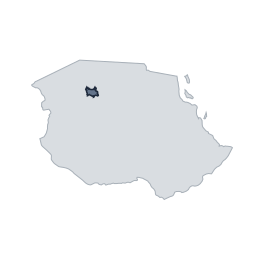 location of Maswa, Simiyu, United Republic of Tanzania, rotated 334°
{"feature_id": "72390352B27931879401730", "entity_name": "Maswa", "entity_type": "district", "adm_level": 2, "iso_a3": "TZA", "parent_name": "United Republic of Tanzania", "parent_adm1": "Simiyu", "projection": "albers", "projection_center": [33.824, -3.202], "detail": "fine", "context": "in_parent", "style": "filled", "palette": "slate", "viewbox_px": 256, "rotation_deg": 334, "n_neighbors": 0, "source": "geoboundaries", "source_scale": "gbopen_adm2", "svg_char_len": 5948}
<svg xmlns="http://www.w3.org/2000/svg" viewBox="0 0 256 256"><g transform="rotate(334 128 128)"><path d="M98.1,175.0L95.6,173.7L93.3,172.9L91.4,172.0L90.6,171.1L88.9,170.8L87.4,170.7L86.0,169.9L83.1,169.6L82.8,169.1L82.7,167.9L82.2,167.6L81.2,167.3L80.1,167.3L79.4,167.5L79.0,167.4L78.1,166.7L77.2,165.8L76.9,164.4L75.6,163.5L74.0,162.8L69.9,162.8L69.2,162.6L68.2,161.9L67.0,160.7L66.1,159.4L65.3,157.6L64.4,155.1L59.6,145.2L59.1,143.3L58.1,141.3L56.6,138.7L54.9,136.9L52.7,135.1L50.2,133.4L48.8,132.3L46.2,127.6L45.7,125.5L45.3,123.2L45.4,122.3L47.0,119.4L47.2,118.6L47.0,117.4L46.2,115.1L45.2,112.3L43.1,107.2L42.8,105.9L42.8,104.9L44.0,99.7L44.0,99.0L48.8,99.1L52.3,96.8L55.4,93.3L56.0,91.9L57.3,89.7L58.5,88.6L58.9,87.9L59.6,85.7L61.2,84.2L62.8,83.0L62.5,82.2L62.7,81.9L63.6,81.4L65.2,80.8L65.6,79.7L65.6,78.4L65.3,77.7L65.3,76.8L65.1,76.4L64.0,76.2L62.4,75.6L61.0,75.3L60.1,75.0L59.7,74.7L59.6,73.9L60.3,71.9L59.6,71.1L61.3,67.8L61.6,67.4L62.2,67.3L63.1,67.0L64.0,66.8L64.8,66.9L65.3,66.8L65.8,66.4L66.2,65.3L66.5,63.4L66.3,61.9L65.6,60.7L65.4,58.9L65.7,56.5L65.5,54.5L64.7,52.9L63.9,51.9L62.7,51.5L60.8,49.0L60.2,47.8L60.3,47.1L61.0,46.8L62.2,46.9L63.3,46.6L64.4,45.9L65.4,45.7L66.0,45.8L114.3,45.8L170.6,77.3L170.8,77.7L171.3,80.4L171.2,81.3L170.3,82.9L170.0,83.7L170.0,84.3L170.2,84.5L171.0,84.6L171.6,85.0L171.8,85.3L172.3,86.4L172.9,87.0L194.2,102.6L194.7,102.8L194.4,104.1L193.2,107.2L193.1,108.5L192.6,110.1L192.2,111.1L190.9,115.5L189.9,117.1L188.4,121.0L188.2,123.9L189.0,126.0L189.2,128.0L190.9,129.9L192.2,130.6L193.1,131.4L194.7,133.4L195.5,135.4L198.4,136.4L199.5,138.7L199.1,140.2L197.7,141.5L196.5,143.5L195.5,146.2L195.5,150.4L196.1,149.7L197.6,150.8L197.8,153.8L196.2,157.4L195.7,159.0L195.7,160.4L196.8,164.7L198.4,166.9L198.3,167.5L197.9,168.1L200.8,171.9L200.5,175.3L201.6,177.8L202.0,180.1L202.7,181.8L202.9,183.0L202.0,184.3L204.1,184.6L205.3,185.7L205.9,186.8L207.4,186.7L208.3,187.4L209.4,188.0L212.1,189.8L212.8,190.6L213.2,191.5L205.9,196.9L203.3,198.2L201.4,198.9L199.4,199.2L197.5,200.1L195.7,201.4L193.4,202.1L190.6,202.1L187.7,203.0L183.0,205.8L180.4,204.2L178.2,203.7L175.8,203.7L174.3,203.9L173.8,204.3L173.3,205.2L172.9,206.8L171.3,208.3L168.5,209.7L166.0,210.2L163.6,209.9L162.0,209.2L161.2,208.4L160.0,208.0L158.3,208.1L156.8,208.7L155.3,209.8L152.9,210.3L149.7,210.1L148.0,209.6L147.7,208.6L146.3,207.5L143.7,206.3L141.8,206.2L140.5,207.4L139.4,208.2L138.4,208.5L137.5,208.5L136.2,208.2L132.6,208.1L129.2,208.1L128.8,206.4L128.1,205.3L127.5,204.7L126.3,204.5L126.0,204.0L125.6,202.9L125.0,202.0L124.3,201.2L123.8,200.5L123.7,199.9L123.8,199.2L124.5,197.4L124.7,196.1L124.6,194.9L124.3,193.6L123.5,192.1L123.5,191.6L123.3,190.6L123.2,189.8L123.4,188.9L123.3,187.7L122.6,185.2L122.6,184.5L121.8,183.3L119.6,180.3L119.5,179.9L115.9,177.0L114.5,176.3L114.0,176.9L113.8,177.4L113.9,178.3L113.8,178.8L113.7,179.0L112.9,179.0L112.3,178.9L111.0,178.1L109.9,177.9L107.3,178.0L106.4,178.2L105.7,178.0L104.3,176.7L102.7,176.4L101.3,176.3L98.9,174.8L98.1,175.0ZM198.8,125.6L200.0,128.9L199.8,129.5L199.0,129.9L198.5,129.9L198.0,129.4L197.7,128.3L197.0,128.5L196.0,127.2L194.9,127.1L194.0,125.6L194.4,124.2L194.2,121.8L195.3,120.6L196.0,118.6L196.7,120.0L196.9,122.2L197.8,124.7L198.8,125.6ZM204.6,106.1L204.7,106.9L204.4,107.6L204.4,110.0L204.3,111.5L203.5,113.6L202.7,114.4L202.1,114.2L201.6,113.8L201.2,113.2L202.0,109.3L201.6,106.4L203.3,106.7L204.6,106.1ZM201.9,153.3L201.1,153.5L200.8,153.3L200.3,152.7L201.2,152.1L202.0,151.1L204.0,149.5L205.0,148.3L204.8,149.5L203.7,152.2L202.7,152.3L201.9,153.3Z" fill="#d9dde1" stroke="#a8b0b8" stroke-width="1"/><path d="M105.7,81.2L105.8,81.2L106.0,81.3L106.3,81.2L106.6,81.0L106.8,81.0L107.0,81.0L107.1,80.9L107.3,80.9L107.5,80.9L107.8,80.9L107.8,81.0L108.0,81.4L108.1,81.5L108.3,81.7L108.5,81.9L108.5,82.0L108.7,82.3L108.8,82.4L109.0,82.5L109.4,82.8L109.5,82.9L109.4,83.1L109.5,83.2L109.5,83.3L109.6,83.5L109.9,83.7L110.2,83.8L110.2,84.0L110.3,84.2L110.3,84.4L110.3,84.5L110.4,84.8L110.5,84.8L110.7,85.0L110.9,85.1L111.0,85.1L110.9,85.2L111.0,85.2L111.3,85.0L111.3,84.9L111.5,84.7L111.7,84.4L111.8,84.3L111.8,84.2L112.0,84.3L112.3,84.4L112.8,84.3L113.0,84.2L113.2,84.3L113.3,84.4L113.3,84.5L113.5,84.6L113.8,84.8L114.0,84.8L114.1,85.0L114.3,85.3L114.6,85.4L114.6,85.5L114.7,85.8L115.5,85.8L115.6,85.7L115.5,85.3L115.6,85.2L115.8,85.0L115.8,84.9L115.8,84.6L115.6,84.5L115.6,84.4L115.7,84.2L115.7,83.8L115.6,83.6L115.8,83.5L115.8,83.4L116.0,83.3L116.0,83.2L116.2,82.9L116.3,82.8L116.3,82.7L116.4,82.4L116.4,82.2L116.5,81.9L116.3,81.8L116.4,81.7L116.2,81.5L116.1,81.4L115.9,81.3L115.9,81.1L115.7,80.9L115.5,80.7L115.4,80.7L115.3,80.4L115.3,80.2L115.5,80.2L115.7,79.9L115.8,79.7L116.1,79.2L116.6,78.6L116.8,78.4L116.8,78.2L116.6,77.9L116.6,77.7L116.3,77.5L116.2,77.3L116.2,77.1L116.0,77.3L115.9,77.3L115.7,77.4L115.7,77.5L115.7,77.4L115.6,77.5L115.4,77.6L115.2,77.8L115.0,78.0L114.9,78.0L114.9,77.9L114.8,78.0L114.8,77.9L114.7,77.9L114.7,78.0L114.6,77.9L114.5,78.0L114.4,78.1L114.2,78.0L113.9,78.1L113.7,78.0L113.5,77.9L113.4,77.9L113.3,78.0L113.2,77.9L112.9,77.8L112.7,77.7L112.4,77.6L112.2,77.5L111.8,77.3L111.7,77.3L111.6,77.2L111.4,77.0L111.4,76.9L111.2,76.7L110.9,76.6L110.7,76.6L110.4,76.4L110.2,76.2L110.0,75.9L109.9,75.8L110.0,75.7L109.9,75.7L110.0,75.6L109.9,75.5L109.8,75.4L109.7,75.2L109.5,74.9L109.4,74.9L109.3,74.7L109.2,74.6L109.3,74.5L109.2,74.5L109.2,74.4L109.3,74.2L109.2,74.1L109.3,74.1L109.3,73.8L109.2,73.8L109.0,73.7L108.8,73.6L108.7,73.5L108.7,73.4L108.6,73.5L108.3,73.7L108.1,73.8L108.0,74.1L107.9,74.0L107.7,74.0L107.6,74.3L107.3,74.5L107.2,74.6L106.9,74.8L106.9,75.3L107.1,75.3L107.2,76.1L107.2,76.4L107.2,76.5L106.9,76.7L106.8,76.9L106.8,77.0L106.7,77.2L106.7,77.3L106.6,77.6L106.6,77.8L106.7,78.2L106.6,78.3L106.6,78.5L106.6,78.8L106.6,79.0L106.5,79.3L106.4,79.4L106.3,79.5L106.2,79.5L105.9,79.7L105.9,79.8L105.9,80.0L105.9,80.5L106.0,80.7L106.0,80.8L105.9,80.9L105.8,81.0L105.7,81.2Z" fill="#64748b" stroke="#1e293b" stroke-width="1.5"/></g></svg>